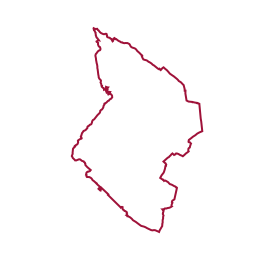 outline of Podenii Noi, Prahova, Romania, rotated 308°
{"feature_id": "2599482B3900560303357", "entity_name": "Podenii Noi", "entity_type": "district", "adm_level": 2, "iso_a3": "ROU", "parent_name": "Romania", "parent_adm1": "Prahova", "projection": "orthographic", "projection_center": [26.195, 45.112], "detail": "fine", "context": "isolated", "style": "outline", "palette": "rose", "viewbox_px": 256, "rotation_deg": 308, "n_neighbors": 0, "source": "geoboundaries", "source_scale": "gbopen_adm2", "svg_char_len": 5663}
<svg xmlns="http://www.w3.org/2000/svg" viewBox="0 0 256 256"><g transform="rotate(308 128 128)"><path d="M66.7,216.0L71.9,215.3L72.3,214.9L73.2,214.4L73.4,214.1L74.7,213.6L76.9,211.9L78.1,211.5L79.7,210.3L80.9,209.9L81.7,208.3L82.2,208.2L83.0,207.6L83.7,207.5L84.6,207.0L84.9,206.6L84.7,206.2L84.8,205.9L85.4,206.6L85.6,206.6L85.5,205.6L86.1,206.2L87.3,206.6L88.4,208.0L89.1,208.3L90.5,209.6L91.7,210.3L93.2,210.8L93.2,210.6L93.9,209.8L95.4,209.3L96.3,209.1L96.5,209.0L96.6,208.2L96.8,208.1L98.0,207.7L100.3,208.5L111.0,203.4L111.1,202.7L111.0,202.4L110.8,202.2L111.0,201.6L111.0,201.2L110.7,200.4L110.3,197.6L110.0,196.6L109.6,195.7L109.7,194.3L110.0,193.1L109.7,190.5L109.5,189.7L109.2,189.3L108.5,189.0L108.8,188.4L108.6,187.6L108.9,187.3L108.6,186.3L108.5,184.1L111.4,183.6L114.5,183.6L115.5,183.4L118.7,182.2L121.1,180.9L121.3,181.0L121.4,181.3L121.6,181.3L122.3,180.6L122.7,180.6L122.9,180.1L123.1,179.8L123.1,179.5L123.3,179.2L123.2,178.8L123.3,178.2L123.3,177.4L123.4,176.6L129.1,177.6L130.1,178.1L131.8,178.2L132.4,178.4L133.9,178.4L135.3,178.7L135.1,180.9L136.1,181.2L136.4,181.6L137.4,181.5L137.8,181.9L138.2,182.6L138.6,183.9L138.8,185.7L139.3,187.3L139.5,188.6L141.4,189.0L143.6,189.3L145.6,189.9L146.9,190.2L147.2,189.5L148.8,188.4L149.5,188.3L150.7,188.7L151.6,188.2L154.4,187.2L154.5,187.2L154.8,185.7L154.3,184.7L154.3,184.3L154.8,183.9L156.1,183.3L159.1,184.1L161.0,184.5L163.8,185.5L166.2,186.0L168.5,187.0L171.2,188.5L178.1,181.8L180.2,179.5L191.0,169.3L190.1,167.2L190.4,167.1L189.1,164.8L188.6,163.6L188.3,163.4L187.9,162.8L187.9,162.5L188.0,162.4L186.1,159.4L185.7,157.2L190.6,151.9L192.8,150.3L192.3,149.7L193.7,148.5L196.1,145.4L196.1,144.9L196.6,141.5L196.3,139.0L196.6,138.1L196.8,136.5L196.9,131.8L196.8,131.4L196.6,127.5L197.1,125.3L197.5,122.9L197.5,121.1L197.7,118.7L197.4,118.6L196.8,118.3L193.8,118.1L193.9,117.1L194.1,117.1L194.1,116.3L193.4,116.2L193.2,115.0L193.3,109.8L193.1,108.8L193.1,108.2L193.3,106.9L193.1,104.4L192.8,103.4L192.9,101.7L192.5,100.3L192.2,99.8L191.5,97.9L192.3,96.0L193.2,94.5L193.7,94.7L193.8,94.4L193.9,94.2L194.0,92.1L194.2,91.1L194.4,87.8L194.9,86.1L195.0,84.8L194.6,83.3L194.2,82.4L193.9,81.3L193.9,80.0L194.6,78.5L195.0,77.4L194.6,75.3L193.5,73.8L192.5,72.8L191.9,71.4L192.0,71.0L191.9,70.7L191.4,70.2L191.2,69.6L191.2,69.3L191.3,69.0L191.3,68.8L191.0,67.8L190.8,66.3L190.8,63.8L190.6,63.5L190.3,63.5L190.1,63.1L190.6,62.0L190.0,61.7L189.6,61.6L187.5,62.6L187.2,62.6L186.8,62.5L187.4,61.0L187.8,60.6L188.0,60.1L187.6,59.2L187.8,58.5L187.8,58.0L187.2,56.8L187.0,56.0L187.0,55.4L187.5,54.8L187.9,54.6L187.9,54.3L188.6,53.7L188.9,53.2L188.8,52.8L188.2,52.1L187.6,51.8L187.0,51.2L186.6,50.1L186.2,48.3L186.2,47.0L186.4,46.5L186.5,45.6L186.8,44.8L186.7,43.8L187.2,42.7L185.9,41.3L185.5,39.5L185.2,39.6L184.7,40.3L184.1,41.0L184.1,41.9L183.6,42.5L183.1,43.9L182.6,44.1L181.9,45.0L181.3,45.4L180.9,46.2L180.3,46.8L180.2,47.3L179.9,47.8L179.9,48.7L179.6,49.2L179.5,50.2L179.2,51.1L179.0,50.7L176.8,49.9L176.7,50.0L176.6,50.5L176.7,51.2L176.7,52.0L175.5,52.8L174.6,54.1L174.3,55.2L174.5,56.1L173.7,57.3L173.1,57.8L172.5,58.0L172.0,58.0L171.1,57.4L170.5,57.2L169.3,57.1L167.3,57.2L166.5,57.1L165.2,57.6L164.8,57.9L163.0,60.0L162.0,60.9L160.7,62.4L159.7,63.5L159.1,64.4L157.7,65.9L156.4,66.9L155.5,68.0L151.7,71.8L150.9,72.8L149.9,73.7L149.2,75.0L148.9,77.1L148.6,77.6L147.5,78.2L147.0,78.3L146.2,79.8L145.0,81.1L145.2,81.6L144.4,82.0L144.2,83.3L144.5,84.2L144.0,84.9L143.6,85.3L144.1,85.4L144.1,86.0L143.9,86.4L144.0,87.0L144.3,87.0L144.8,86.8L146.9,85.4L147.1,86.1L147.4,86.8L147.7,87.3L146.8,87.3L146.6,87.5L146.0,87.4L145.5,87.9L145.6,88.3L145.4,88.4L144.4,88.5L143.3,88.4L143.0,89.1L142.7,89.5L143.2,89.9L143.6,89.7L143.9,89.9L144.6,90.4L145.3,91.6L144.5,91.6L144.3,91.8L143.0,91.6L142.5,91.6L142.3,91.8L142.4,92.0L144.4,92.7L144.2,93.1L144.0,93.7L144.1,94.4L143.6,95.6L142.4,96.7L141.7,96.6L140.8,96.7L139.6,96.1L138.5,96.0L137.9,96.1L136.8,95.5L134.6,95.3L132.7,94.4L132.4,94.5L132.1,95.0L131.3,95.0L130.5,95.1L129.1,95.8L128.2,96.0L126.6,96.1L125.4,95.6L124.4,95.6L124.3,95.8L123.0,96.3L122.3,96.4L119.3,96.0L114.0,96.0L112.8,95.5L112.0,95.5L111.1,95.7L110.2,96.2L108.5,96.7L107.6,96.4L107.0,95.9L105.5,95.8L104.6,95.3L103.7,95.4L103.3,95.8L102.6,96.1L102.1,95.9L100.6,95.9L99.0,95.3L98.4,94.8L96.8,94.9L96.3,95.0L95.7,94.9L93.2,95.9L92.3,96.0L92.0,96.5L91.9,97.0L91.3,97.1L91.3,97.8L91.2,97.9L90.8,97.8L90.3,97.3L88.5,96.6L87.4,96.3L87.0,96.4L86.6,97.0L85.9,97.6L84.3,98.1L83.6,98.0L83.1,97.7L81.0,97.1L80.6,97.2L80.6,97.7L78.3,97.4L77.7,97.5L74.2,99.7L73.6,100.3L71.5,100.9L71.2,101.1L71.0,101.9L70.4,102.9L70.1,105.8L69.9,106.2L70.5,107.1L73.2,108.7L73.7,109.4L73.8,110.6L73.7,111.4L73.8,112.1L74.1,112.9L74.4,113.7L74.1,114.3L74.2,115.1L74.1,115.5L73.6,115.9L73.5,116.5L72.8,117.0L72.6,117.2L72.5,117.6L72.1,120.1L71.9,124.5L70.5,124.5L69.1,123.4L69.0,123.5L68.2,122.9L67.2,122.8L65.3,123.7L65.5,124.2L64.9,124.7L64.4,125.0L64.1,125.6L64.1,125.9L64.4,126.2L65.5,127.7L65.8,129.2L65.8,130.1L65.7,130.7L65.3,131.7L65.1,132.3L65.2,133.8L65.1,134.8L65.1,136.8L64.9,136.7L64.6,138.8L64.4,142.3L61.9,142.2L61.7,144.7L61.8,144.9L64.5,143.8L63.6,153.4L62.9,153.4L61.0,170.2L60.8,171.3L61.6,171.3L61.8,171.5L61.7,171.7L61.8,172.0L62.2,172.1L62.3,172.5L61.7,172.8L61.1,173.4L60.6,174.1L60.8,175.0L60.5,176.3L60.9,177.1L60.9,178.9L60.2,179.4L60.2,179.7L59.6,179.8L59.4,179.9L59.1,180.7L58.8,180.5L58.6,180.7L58.6,180.9L58.4,180.8L58.6,182.1L58.6,182.3L58.3,182.3L58.6,182.9L58.9,184.7L58.8,186.9L58.4,188.7L58.8,191.9L58.9,197.2L59.0,198.7L60.1,201.2L60.6,203.0L60.8,204.6L61.8,209.1L62.4,210.3L63.5,211.3L64.1,212.2L64.4,213.1L65.2,216.5L66.7,216.0Z" fill="none" stroke="#9f1239" stroke-width="2"/></g></svg>